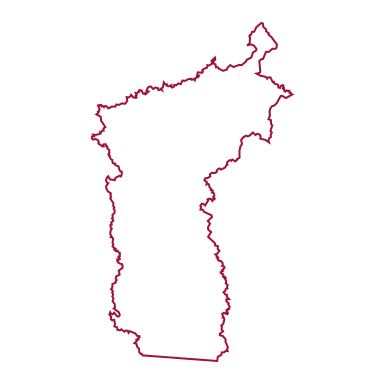 Altamira, Pará, Brazil (Mercator projection)
{"feature_id": "56859067B40794450496810", "entity_name": "Altamira", "entity_type": "district", "adm_level": 2, "iso_a3": "BRA", "parent_name": "Brazil", "parent_adm1": "Pará", "projection": "mercator", "projection_center": [-53.684, -6.317], "detail": "fine", "context": "isolated", "style": "outline", "palette": "rose", "viewbox_px": 384, "rotation_deg": 0, "n_neighbors": 0, "source": "geoboundaries", "source_scale": "gbopen_adm2", "svg_char_len": 5961}
<svg xmlns="http://www.w3.org/2000/svg" viewBox="0 0 384 384"><path d="M276.5,47.7L276.9,44.5L271.4,37.0L268.5,34.7L268.9,33.4L266.0,31.2L266.2,29.5L263.3,26.9L262.9,23.5L261.3,23.0L256.4,27.1L254.2,31.7L252.0,31.9L251.0,34.7L250.0,34.9L249.3,36.4L250.0,37.5L249.7,43.0L247.1,45.5L250.7,44.4L253.8,45.4L256.5,48.9L256.1,50.5L252.9,52.5L251.4,57.5L246.5,60.0L246.1,61.5L241.6,65.1L239.2,64.9L233.5,67.0L230.3,65.1L227.4,67.9L226.9,69.6L223.0,70.8L218.9,68.7L217.8,67.2L216.0,67.4L215.5,64.4L213.7,63.7L213.4,61.2L215.3,59.7L214.9,57.6L211.6,60.7L212.0,63.5L211.4,64.2L209.0,65.5L207.4,65.1L207.1,67.6L203.4,69.1L202.2,70.4L202.9,71.5L202.3,72.7L197.8,72.3L197.0,75.6L199.0,75.6L198.4,76.9L195.2,78.2L194.8,80.3L193.6,79.1L191.8,79.8L191.2,78.8L188.3,79.2L184.9,80.9L182.4,80.5L180.8,84.2L178.3,83.4L176.4,85.2L174.2,85.0L174.2,86.4L172.3,87.6L171.0,86.6L171.3,85.2L169.0,86.3L166.7,85.7L166.9,84.4L165.4,84.5L163.8,82.4L162.8,87.5L161.2,88.5L161.8,90.0L161.0,89.4L158.4,90.1L158.2,88.3L155.2,87.5L153.3,89.1L150.9,86.5L149.1,86.7L147.8,87.7L146.5,90.7L148.6,91.5L145.7,94.1L145.2,93.0L144.2,94.0L142.9,93.3L141.6,90.5L139.3,90.1L139.1,91.7L138.4,91.5L137.0,93.5L135.7,93.1L136.6,95.1L135.6,95.9L136.6,97.4L136.1,97.8L133.3,97.5L131.1,94.8L130.4,96.4L128.4,97.5L126.7,97.1L127.3,100.9L125.0,103.8L122.0,103.4L119.0,104.9L116.4,104.5L115.3,106.6L111.9,106.6L108.4,108.4L106.0,106.0L104.1,106.3L103.8,107.2L101.5,105.2L101.1,106.1L99.9,104.9L98.0,105.5L99.6,109.2L99.0,111.0L98.0,111.5L98.5,112.6L96.4,114.4L100.8,116.8L101.0,120.6L105.4,127.1L103.6,128.4L103.6,130.5L102.8,130.2L100.8,132.6L100.2,132.2L100.4,133.7L95.8,134.9L93.2,134.6L94.1,136.4L92.1,136.4L91.8,138.1L92.8,139.6L95.4,139.1L97.7,139.8L98.9,142.2L98.4,143.5L102.5,146.5L103.6,146.3L102.9,145.5L103.4,144.4L105.6,144.2L106.6,146.5L107.3,146.5L107.5,148.6L109.2,150.0L109.4,152.7L108.6,153.5L109.5,155.3L108.8,155.3L111.0,159.3L112.3,160.0L112.7,163.2L115.0,163.5L115.2,164.9L118.6,166.5L119.3,169.6L120.5,171.4L121.9,171.8L121.5,175.4L120.7,176.5L119.5,175.8L116.4,177.3L115.1,178.4L114.8,180.2L109.8,179.3L108.3,176.3L106.9,177.5L106.0,180.2L106.8,182.4L108.3,183.3L106.1,186.0L106.2,188.0L107.8,191.3L110.9,193.4L110.4,195.1L111.1,196.7L110.2,198.3L113.4,203.2L113.2,206.0L114.3,207.2L113.6,208.9L114.6,210.1L114.6,212.8L112.5,214.8L112.8,218.0L112.0,218.4L113.3,220.6L111.2,222.5L111.7,224.7L110.4,225.1L110.7,227.5L111.8,228.4L110.5,231.0L110.3,234.4L111.2,235.6L110.7,237.2L112.3,237.3L113.1,238.8L112.5,242.9L113.4,244.2L112.5,246.4L115.6,248.9L114.2,249.4L115.7,251.1L117.8,250.9L118.6,252.5L119.8,252.9L119.9,256.0L118.9,256.3L119.6,258.3L118.6,257.9L119.1,259.4L118.3,260.4L117.3,259.8L117.4,261.5L119.1,263.2L122.3,264.4L122.7,267.7L118.7,270.7L119.6,274.7L116.3,276.3L115.7,278.7L116.7,280.1L115.5,281.5L115.7,282.7L112.4,284.1L112.3,287.9L111.1,289.1L113.0,291.4L112.2,292.6L113.2,294.7L112.3,296.4L113.5,298.4L112.6,301.2L114.7,304.1L115.0,307.5L113.8,308.5L118.9,312.3L119.8,315.1L118.8,316.5L117.1,316.4L114.2,312.7L112.6,314.3L111.0,313.7L110.2,312.3L109.4,314.6L111.2,316.8L110.9,319.1L112.0,320.3L114.1,319.8L115.0,323.6L114.4,326.4L117.1,327.3L117.5,329.9L120.2,330.3L121.3,329.3L124.5,331.7L125.9,330.6L127.9,330.8L128.5,332.8L129.8,331.2L135.5,333.5L137.0,335.8L139.5,336.2L139.5,337.5L137.7,338.5L138.3,339.5L136.4,339.9L136.9,341.0L134.4,343.1L136.6,344.1L137.2,346.9L139.0,348.7L139.2,352.1L140.5,353.8L141.6,353.7L142.6,355.4L217.2,361.0L217.8,356.8L221.1,355.1L221.8,352.4L224.2,352.3L225.7,350.9L227.6,351.1L227.0,349.5L227.9,347.6L225.4,341.3L225.7,339.5L222.8,336.0L219.9,335.3L219.7,333.9L223.1,331.3L221.6,329.5L221.9,326.5L221.2,325.6L223.2,323.9L224.4,319.6L223.6,317.3L222.8,317.4L223.2,316.5L222.1,314.1L223.6,312.9L227.4,314.2L227.8,312.9L226.5,311.9L227.4,310.7L226.6,310.1L227.9,308.9L229.0,309.1L229.6,306.7L228.3,304.4L228.7,303.3L226.5,301.6L226.2,299.5L229.1,299.1L226.9,296.9L226.9,294.7L225.4,294.6L223.5,292.2L225.3,290.9L225.6,289.2L227.5,288.3L227.0,287.2L227.7,285.1L225.7,283.2L226.3,281.1L224.7,278.5L225.7,278.2L224.8,276.6L223.2,276.9L222.5,275.0L223.0,274.0L220.6,272.8L221.1,271.6L223.1,270.8L222.4,269.7L224.4,268.2L224.2,266.6L222.1,265.8L222.8,265.2L222.5,262.9L220.6,260.8L218.9,260.8L217.7,259.5L218.3,257.9L217.6,256.9L216.7,257.3L216.5,255.4L215.4,254.4L217.0,253.9L219.4,250.8L217.7,249.0L217.9,246.2L215.0,245.5L215.2,243.5L208.1,236.8L211.2,232.1L208.4,229.9L207.9,227.5L210.0,223.6L207.8,220.9L212.0,217.1L211.5,215.3L204.0,211.8L202.6,209.6L200.5,209.7L201.0,206.8L200.3,205.8L201.8,203.7L203.4,203.9L205.1,205.5L208.1,200.7L207.5,199.5L208.1,198.9L210.8,198.9L212.3,200.9L213.1,199.2L214.2,199.5L214.8,198.6L213.2,196.9L214.3,195.7L214.2,194.2L213.3,192.5L212.0,192.5L212.7,190.5L210.8,190.0L211.1,188.9L209.5,187.2L208.9,184.3L207.7,183.8L206.5,184.5L206.8,182.0L204.4,180.2L205.3,178.3L207.7,178.0L210.3,176.4L209.9,174.4L211.8,172.8L214.6,173.1L216.6,172.1L216.9,170.3L218.3,168.9L219.7,168.4L221.0,169.6L225.2,167.5L226.4,165.1L227.4,164.8L227.0,162.4L229.2,160.4L230.5,160.1L231.2,160.8L232.4,159.6L235.2,161.4L237.0,159.9L236.8,159.3L239.5,157.9L239.5,150.6L240.4,146.5L242.0,144.0L241.1,140.1L243.5,137.0L246.1,135.7L247.6,136.3L249.5,135.7L252.9,132.5L255.5,135.0L257.1,133.8L259.5,134.5L260.6,136.1L260.3,138.6L265.3,139.9L269.0,142.4L268.4,140.6L269.1,138.4L270.9,137.0L270.6,135.6L271.8,132.4L270.4,131.2L272.3,125.2L271.1,124.1L270.9,120.1L268.5,119.3L270.1,115.0L269.5,111.8L270.3,108.5L271.9,106.3L274.1,105.6L276.5,103.5L280.7,96.0L282.8,96.1L285.9,98.1L292.2,94.5L291.2,94.2L290.9,92.8L289.5,92.9L289.3,90.7L287.5,91.1L286.6,90.4L285.2,91.6L284.4,91.1L284.1,88.6L283.4,89.1L282.8,88.5L283.6,85.9L282.6,85.0L280.7,86.1L280.0,88.0L278.4,87.5L278.0,84.8L274.2,83.4L273.8,81.7L272.6,81.9L270.5,77.4L268.2,77.4L267.1,78.7L265.6,76.8L260.4,75.7L256.5,73.6L259.5,72.9L260.3,71.7L259.3,61.0L261.5,59.1L263.1,58.9L265.9,52.0L268.8,51.8L272.5,48.7L275.4,48.8L276.5,47.7Z" fill="none" stroke="#9f1239" stroke-width="2"/></svg>